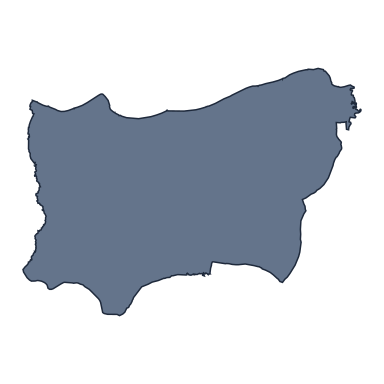 the district of Bireuen, Aceh, Indonesia
{"feature_id": "22746128B71427834061478", "entity_name": "Bireuen", "entity_type": "district", "adm_level": 2, "iso_a3": "IDN", "parent_name": "Indonesia", "parent_adm1": "Aceh", "projection": "robinson", "projection_center": [96.671, 5.084], "detail": "fine", "context": "isolated", "style": "filled", "palette": "slate", "viewbox_px": 384, "rotation_deg": 0, "n_neighbors": 0, "source": "geoboundaries", "source_scale": "gbopen_adm2", "svg_char_len": 5851}
<svg xmlns="http://www.w3.org/2000/svg" viewBox="0 0 384 384"><path d="M210.1,273.9L209.9,273.7L210.6,268.2L211.5,265.1L211.5,263.9L212.3,262.0L213.1,261.8L225.4,263.7L226.7,263.5L229.2,263.7L232.1,264.4L235.7,264.7L238.5,264.7L245.2,264.0L254.0,265.6L258.3,266.7L259.3,266.7L260.5,267.6L261.5,267.9L262.2,268.9L265.5,270.1L270.2,272.4L273.4,274.9L277.1,278.3L278.3,279.2L279.9,281.5L282.5,282.4L284.9,279.2L287.3,277.1L290.1,273.2L295.1,265.1L298.6,256.6L299.8,252.1L301.1,242.2L300.4,239.4L300.7,234.2L300.4,229.4L300.9,220.8L303.9,213.8L305.9,210.8L305.3,209.3L305.0,206.2L303.9,204.1L302.4,199.5L306.0,197.9L311.2,194.1L313.8,193.1L315.7,191.8L316.8,190.3L319.8,188.5L323.9,184.6L328.4,177.8L333.0,165.6L333.5,163.2L334.8,159.6L336.2,157.2L336.9,156.8L337.7,155.7L339.3,152.9L339.5,152.0L341.5,149.1L341.7,148.0L341.2,145.2L340.8,144.3L341.3,142.8L341.0,141.7L338.8,139.3L336.8,136.4L336.4,134.3L336.6,131.2L336.6,129.8L336.3,129.2L336.7,128.7L336.3,122.5L340.4,122.8L341.0,122.4L343.9,122.3L346.2,121.8L346.0,123.0L346.5,129.3L348.6,129.8L348.9,127.2L350.2,124.8L350.9,124.0L351.0,123.4L350.6,122.3L349.0,121.8L349.7,118.7L350.3,117.3L355.0,117.9L355.6,117.2L355.8,116.7L354.5,115.1L354.8,113.6L355.9,113.1L358.3,112.9L359.7,112.2L360.8,111.0L361.0,109.9L360.6,109.3L360.1,109.4L359.5,111.0L359.0,111.3L358.1,110.7L357.3,109.7L355.9,109.3L355.9,108.0L356.5,107.1L356.3,106.5L354.6,107.4L353.9,108.3L353.2,108.3L353.0,108.1L352.9,107.3L353.2,106.8L356.0,105.9L356.4,103.6L356.2,103.1L355.8,103.1L355.3,104.1L354.9,104.2L353.0,103.0L351.7,104.1L351.3,103.7L351.9,102.7L352.2,101.5L352.9,101.8L353.9,103.0L355.0,102.1L355.0,101.0L354.5,98.5L354.2,97.6L353.4,96.9L353.3,95.4L353.0,95.1L351.7,95.1L351.3,94.8L351.6,92.6L352.5,91.0L352.4,90.3L351.8,90.0L350.5,90.4L350.2,89.6L350.7,88.4L353.4,88.4L354.1,88.1L354.2,87.7L353.9,86.8L352.7,86.5L350.4,85.0L348.5,85.4L344.4,86.7L341.1,87.3L339.8,87.3L338.4,86.6L338.1,86.8L334.2,85.8L332.5,84.7L331.7,83.9L331.7,82.6L330.9,81.1L330.2,78.0L329.2,75.8L325.6,71.5L325.1,71.1L324.2,71.2L323.4,69.6L318.1,68.4L313.5,69.6L308.2,69.2L307.7,69.4L307.7,69.7L305.8,69.8L298.4,71.4L293.3,73.2L289.5,74.9L285.1,77.9L282.9,78.4L282.7,78.9L282.5,78.1L282.5,78.7L282.2,78.9L278.5,80.4L273.0,82.0L265.8,83.6L261.3,85.0L259.3,85.3L258.5,85.7L258.0,86.3L257.5,85.8L255.0,86.1L252.7,86.1L249.5,87.0L246.0,88.3L231.9,95.2L230.3,96.2L224.0,98.8L215.4,103.4L208.9,106.1L207.8,106.2L207.0,106.6L206.2,106.6L206.1,106.9L205.7,107.1L200.4,108.7L195.8,109.8L184.0,111.1L167.9,110.9L167.2,110.7L167.0,110.2L166.6,110.5L166.6,110.9L161.6,113.2L156.6,115.0L150.9,116.7L138.6,118.7L126.6,117.7L121.4,116.1L120.6,115.4L119.0,115.6L118.7,114.9L115.7,113.4L114.8,112.7L114.8,112.4L114.3,112.5L113.2,111.8L110.9,109.9L110.1,108.8L109.5,106.6L109.7,105.5L108.1,100.4L105.2,96.6L102.9,94.3L102.0,94.0L100.6,94.2L98.6,95.3L87.3,102.6L82.3,105.4L77.3,107.3L74.3,108.1L74.5,108.4L74.3,108.7L73.4,108.6L68.3,110.5L64.4,111.4L61.0,111.5L57.5,110.5L55.5,109.4L49.4,107.0L48.5,106.3L48.7,105.6L48.3,106.2L47.6,106.2L47.4,106.4L46.1,106.2L43.0,105.2L37.9,102.7L37.0,101.8L36.5,101.9L32.4,100.3L32.5,101.2L32.1,101.3L31.9,102.2L31.0,102.9L30.1,104.9L29.9,106.2L30.6,106.4L30.0,109.3L32.2,110.4L32.6,113.3L33.9,113.9L33.6,114.2L32.9,116.5L32.5,116.8L30.4,121.6L29.3,124.9L29.0,127.4L28.5,127.4L28.3,129.6L28.5,131.0L28.0,133.3L28.1,134.0L29.1,134.2L29.4,136.3L29.3,137.2L28.9,137.4L28.6,137.1L28.3,139.2L28.0,139.2L28.6,140.2L28.5,149.0L29.0,150.1L29.0,151.5L30.2,153.4L30.1,155.9L30.9,158.7L33.8,162.5L35.1,162.5L34.5,163.9L36.3,164.7L36.1,165.2L34.6,165.9L36.0,167.0L35.6,169.0L36.4,170.4L36.2,171.3L35.1,171.7L34.9,172.2L35.7,174.2L35.5,174.6L34.7,175.1L34.6,175.7L34.8,176.2L36.1,175.9L36.5,176.4L36.5,178.5L37.1,179.1L36.7,180.8L36.9,181.2L38.7,182.5L38.9,183.4L39.5,183.7L39.5,185.1L40.4,186.8L39.5,187.1L39.2,187.6L39.1,190.3L38.0,191.8L38.3,192.7L36.9,193.5L36.2,193.6L35.9,194.4L36.0,195.5L36.3,195.9L37.5,196.4L37.1,197.9L37.5,198.7L37.8,200.4L36.9,200.9L37.0,201.2L37.6,201.8L38.0,203.3L39.1,203.2L39.7,203.5L39.9,204.5L40.6,204.7L40.9,205.3L41.4,205.4L42.9,206.5L42.9,207.6L43.3,209.5L42.3,210.0L42.8,210.5L43.7,210.5L44.3,213.3L45.1,214.1L46.1,216.3L45.6,217.6L45.6,219.7L45.1,220.4L45.6,221.4L45.3,223.2L44.9,224.0L43.9,224.5L44.1,224.7L44.1,225.2L42.6,226.7L42.5,227.6L41.4,228.1L41.5,228.8L41.1,229.9L39.7,230.3L39.4,231.1L38.0,230.7L38.1,232.2L37.8,233.3L36.7,233.8L35.1,235.6L34.9,236.4L35.3,237.5L35.1,238.6L36.1,240.1L35.5,241.8L36.1,243.0L35.5,243.9L35.4,244.4L35.6,244.9L35.9,245.0L35.9,245.9L36.1,246.4L35.8,247.4L36.2,248.0L35.7,249.0L35.6,251.1L35.3,251.4L34.6,251.3L34.9,252.3L34.4,252.4L33.5,253.5L32.9,255.3L31.6,256.3L31.4,257.0L31.4,257.6L31.7,258.3L31.4,258.9L31.4,259.2L31.8,259.7L31.6,260.0L30.5,259.9L29.7,261.7L28.4,262.1L28.4,263.2L27.5,264.6L24.5,267.5L23.9,268.6L23.0,269.4L23.6,272.1L27.1,277.7L29.5,280.0L31.4,281.1L35.3,281.0L37.2,280.5L38.8,280.6L41.6,281.2L44.4,282.5L45.9,283.6L47.2,285.2L48.0,288.2L49.5,289.3L51.5,289.3L53.2,288.7L60.8,284.0L63.6,282.5L64.5,282.3L72.4,282.9L73.4,283.2L76.7,282.8L78.2,283.1L80.3,284.1L82.9,284.8L84.9,286.7L89.3,289.4L98.5,298.7L99.7,300.4L100.6,302.4L102.7,312.5L104.1,313.5L107.6,314.3L117.1,314.4L119.5,315.6L122.8,314.0L124.8,312.2L126.7,308.2L128.6,307.4L129.6,305.2L130.7,304.0L132.0,301.5L132.3,300.3L133.0,299.2L133.5,297.6L141.7,286.8L148.2,284.2L152.2,282.1L158.1,280.6L163.9,278.3L164.7,278.4L166.8,277.6L169.8,277.4L171.7,275.7L172.8,275.8L177.7,274.6L186.2,275.0L186.9,274.8L186.8,273.6L187.3,273.2L188.6,274.3L188.8,274.8L190.1,275.1L191.3,275.1L192.6,274.5L194.2,274.7L193.9,274.1L197.1,274.5L199.4,273.4L199.9,273.8L202.5,273.5L202.6,275.3L204.3,275.9L203.9,274.9L203.8,273.9L203.3,273.2L203.6,272.8L204.6,273.8L205.3,273.8L205.9,273.0L207.0,273.6L207.9,274.4L207.9,274.0L208.6,274.2L210.1,273.9Z" fill="#64748b" stroke="#1e293b" stroke-width="1.5"/></svg>